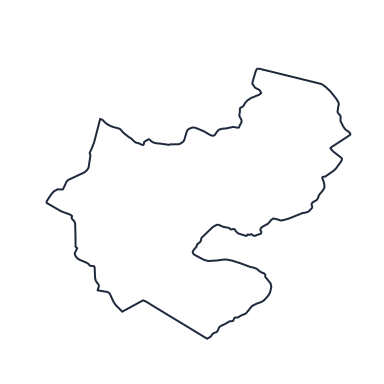 the border of Jujuy, rotated 285°
{"feature_id": "ARG-1301", "entity_name": "Jujuy", "entity_type": "Province", "adm_level": 1, "iso_a3": "ARG", "parent_name": "Argentina", "parent_adm1": "", "projection": "albers", "projection_center": [-65.702, -23.2], "detail": "fine", "context": "isolated", "style": "outline", "palette": "slate", "viewbox_px": 384, "rotation_deg": 285, "n_neighbors": 0, "source": "natural_earth", "source_scale": "10m", "svg_char_len": 5156}
<svg xmlns="http://www.w3.org/2000/svg" viewBox="0 0 384 384"><g transform="rotate(285 192 192)"><path d="M54.2,244.5L54.5,243.5L60.6,222.7L66.6,201.9L72.7,181.1L74.3,175.9L74.7,172.8L58.4,155.6L62.9,147.8L65.6,144.6L72.3,139.1L73.3,137.6L73.5,135.5L72.6,126.4L74.2,126.3L76.2,126.5L77.5,126.2L78.7,125.4L79.6,124.0L81.4,122.0L83.8,120.7L93.8,117.5L94.9,116.8L94.9,115.8L94.4,112.9L94.6,112.1L95.7,110.7L96.4,108.5L97.4,101.2L98.0,98.9L99.2,97.0L101.2,95.1L102.5,94.6L103.4,94.7L104.4,95.0L106.2,95.2L107.7,95.7L108.1,95.6L108.4,94.9L108.7,94.2L109.0,93.7L119.5,90.8L131.5,87.2L133.7,85.5L134.0,84.6L134.6,83.6L135.3,82.8L136.0,82.4L137.2,82.2L137.6,82.4L137.8,82.3L138.3,81.1L138.7,79.7L139.5,70.6L143.8,54.5L145.4,54.0L153.0,56.5L157.0,58.5L159.8,61.5L160.9,66.2L161.3,66.7L169.7,68.2L171.6,69.3L183.2,83.1L185.9,84.9L188.7,85.8L201.2,84.4L201.9,84.0L202.3,83.6L202.8,83.2L203.5,83.1L209.8,84.1L214.6,84.6L238.7,84.4L238.6,86.5L238.1,87.6L237.0,89.4L236.1,91.2L235.5,92.7L234.6,96.5L234.4,99.5L234.4,105.1L234.2,105.9L234.0,106.6L232.4,109.0L232.1,109.4L231.2,110.9L228.6,117.0L228.3,118.4L227.7,119.9L225.6,123.7L225.3,124.7L225.2,125.5L225.3,127.7L224.6,132.1L225.0,132.9L225.3,133.0L226.2,133.1L227.6,132.8L228.4,133.2L231.5,136.2L231.8,137.0L230.4,139.8L229.9,141.3L229.8,142.8L229.9,145.2L230.0,146.1L230.2,147.3L230.4,147.8L231.5,157.0L231.6,157.5L232.4,158.8L232.7,159.7L234.5,166.2L234.8,166.9L235.1,167.5L236.4,168.9L238.2,170.4L239.2,170.8L240.3,171.1L247.9,171.2L250.4,171.6L251.1,171.9L252.0,172.6L253.3,174.1L253.9,175.0L254.3,175.7L254.7,176.7L254.8,177.2L254.8,179.7L253.6,188.2L251.9,194.2L251.7,195.8L251.6,196.9L251.7,197.4L251.9,197.9L252.1,198.3L252.4,198.7L252.7,199.0L253.1,199.3L255.0,200.0L255.7,200.1L258.6,201.5L259.6,202.5L261.1,205.2L262.1,208.2L265.2,214.3L265.6,215.3L265.6,215.9L265.9,219.2L266.1,220.1L266.5,220.6L267.0,220.8L268.1,220.8L269.2,221.0L271.7,221.7L273.6,221.5L273.9,221.3L274.6,220.9L274.9,220.6L275.3,220.3L276.9,218.7L277.8,218.1L278.5,217.8L282.4,217.4L284.2,216.8L285.1,216.8L285.7,216.9L286.4,217.6L287.3,218.6L287.7,218.9L288.1,219.2L288.7,219.5L292.2,220.4L295.0,222.0L296.3,223.2L298.1,224.7L298.4,225.1L300.0,227.4L301.9,229.6L302.1,230.0L302.4,230.6L303.1,231.5L305.4,233.2L307.4,231.6L308.1,230.4L309.0,226.2L309.4,225.5L311.2,223.5L311.8,222.5L312.9,222.2L313.7,222.0L324.9,222.3L326.5,222.5L327.8,223.0L328.3,224.2L328.5,225.8L329.8,288.4L329.6,289.7L328.1,293.9L325.0,299.6L319.6,307.0L317.2,309.5L316.1,310.5L315.7,310.7L314.8,311.1L314.3,311.2L313.8,311.2L311.9,311.1L310.9,311.3L310.5,311.5L309.9,311.5L308.2,311.6L307.5,311.8L306.6,312.1L306.1,312.5L305.8,313.0L304.4,315.2L303.9,315.7L303.3,316.0L298.9,317.1L294.2,321.4L292.8,323.0L291.7,324.8L291.0,327.1L290.3,328.5L289.9,329.2L289.4,329.7L289.0,329.9L288.6,330.0L288.0,329.9L271.1,314.8L270.1,314.4L268.9,316.0L267.6,318.1L263.5,327.7L263.1,328.1L262.7,328.3L262.2,328.4L261.7,328.4L260.5,328.2L252.0,325.0L249.1,323.2L241.6,316.9L241.3,316.5L241.1,316.1L240.8,315.1L240.6,314.6L240.2,314.2L239.8,314.1L239.3,314.2L235.7,316.7L233.6,317.8L232.5,318.2L230.2,318.8L226.7,317.7L222.7,315.8L221.7,315.5L221.1,315.4L218.9,315.3L216.8,314.7L215.8,313.8L213.9,311.8L213.1,311.2L212.3,310.8L211.7,310.7L211.2,310.7L210.7,310.8L210.4,310.9L209.4,311.7L208.8,311.9L207.9,312.1L207.1,311.8L204.2,310.2L203.3,309.6L202.7,309.0L201.7,307.4L200.1,304.0L191.1,292.0L188.1,286.8L187.4,285.0L187.7,280.9L187.4,277.3L185.6,275.8L181.4,273.8L180.7,273.4L179.8,272.3L176.6,269.0L175.6,268.3L174.7,267.9L174.1,267.8L173.5,267.8L173.0,267.9L172.6,268.1L172.3,268.5L172.0,268.9L171.6,269.2L171.0,269.4L170.1,269.4L169.6,269.1L169.2,268.8L168.4,267.5L167.6,266.4L165.9,264.1L165.7,262.7L165.9,262.1L166.4,261.0L166.6,260.3L166.4,259.9L166.2,259.5L166.0,259.3L165.8,259.0L165.4,258.4L165.4,257.0L165.2,256.6L164.8,256.5L164.3,256.4L163.8,256.1L163.7,255.5L163.6,254.9L163.9,248.1L164.0,247.3L164.2,246.7L165.2,244.9L165.5,244.5L166.8,243.0L167.1,242.4L167.1,241.9L166.1,239.8L166.0,239.3L165.9,239.1L166.9,237.0L166.5,232.3L166.5,230.4L167.1,226.9L167.1,225.9L167.0,225.2L166.6,224.3L166.0,223.6L163.3,221.0L150.6,213.3L150.1,213.1L149.6,213.0L149.1,213.0L148.0,213.2L147.0,213.2L145.5,212.6L142.8,210.5L140.4,210.5L136.3,208.6L135.2,208.3L134.3,208.2L133.6,208.5L133.2,208.8L132.8,209.1L132.3,210.0L132.0,210.5L129.7,220.5L129.5,223.0L129.6,225.7L129.9,226.7L131.8,232.2L132.2,233.6L135.0,240.3L135.7,243.0L136.1,248.5L135.7,257.2L134.7,267.4L134.9,271.2L134.6,273.9L134.3,275.2L133.7,276.1L133.1,277.5L132.4,279.5L132.1,282.4L131.5,283.7L130.8,284.3L129.4,284.6L128.8,285.0L124.1,291.5L121.1,293.1L115.5,293.4L112.3,292.7L108.8,291.1L105.9,289.5L103.9,287.7L100.7,283.1L97.6,279.7L96.8,279.2L89.6,276.0L88.2,275.1L87.6,274.4L86.0,272.0L82.9,269.0L82.7,268.6L82.5,268.2L82.0,266.5L81.5,265.8L81.1,265.5L80.4,265.3L79.7,265.4L78.8,265.2L78.2,265.0L77.8,264.6L77.5,263.7L76.9,262.0L76.8,261.8L72.8,257.8L70.3,254.8L69.6,254.1L69.0,253.7L68.5,253.4L67.4,253.1L65.5,252.9L64.8,252.8L63.8,252.4L63.3,252.1L62.9,251.7L61.2,249.4L60.6,248.9L60.0,248.5L57.6,247.7L57.0,247.3L56.4,246.8L54.2,244.5L54.2,244.5Z" fill="none" stroke="#1e293b" stroke-width="2"/></g></svg>